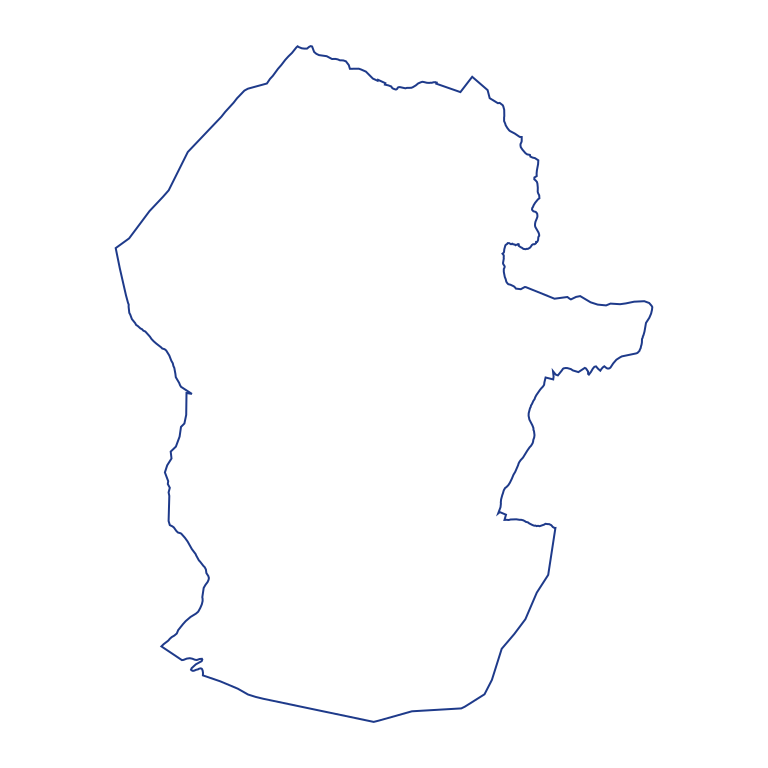 San Juan Cancuc, Chiapas, Mexico
{"feature_id": "50627088B84437137073669", "entity_name": "San Juan Cancuc", "entity_type": "district", "adm_level": 2, "iso_a3": "MEX", "parent_name": "Mexico", "parent_adm1": "Chiapas", "projection": "natural_earth1", "projection_center": [-92.376, 16.931], "detail": "fine", "context": "isolated", "style": "outline", "palette": "blue", "viewbox_px": 768, "rotation_deg": 0, "n_neighbors": 0, "source": "geoboundaries", "source_scale": "gbopen_adm2", "svg_char_len": 6054}
<svg xmlns="http://www.w3.org/2000/svg" viewBox="0 0 768 768"><path d="M620.1,304.2L610.5,303.6L606.1,305.4L597.7,304.6L590.6,302.3L580.2,296.1L576.1,296.9L570.9,299.4L569.6,298.7L567.4,297.0L554.5,298.7L526.0,287.2L524.9,287.0L523.5,287.7L520.8,289.2L515.9,288.6L515.1,287.5L513.8,286.3L510.4,284.7L508.3,284.2L507.4,283.3L506.3,281.7L505.7,279.2L504.8,277.0L503.8,271.9L503.8,269.0L504.5,267.6L504.7,266.7L504.5,266.0L503.3,264.2L503.0,263.1L503.8,258.6L503.7,257.8L503.8,255.8L503.6,255.1L502.5,253.7L503.5,252.9L504.0,252.0L504.3,249.2L505.4,245.3L506.0,244.7L507.2,243.9L507.7,243.1L509.1,243.1L510.9,244.2L511.6,244.1L511.9,243.8L512.5,243.7L513.1,244.3L514.6,244.5L515.5,245.2L516.0,244.8L517.0,244.8L517.9,244.1L518.6,244.1L518.8,244.6L518.8,245.9L520.7,247.2L521.8,247.7L523.4,248.9L525.7,249.2L526.8,248.8L527.8,248.9L529.8,247.8L530.8,246.7L531.9,245.0L533.2,244.2L534.3,244.3L534.8,244.1L535.6,243.5L536.0,243.2L536.1,242.0L536.8,242.1L537.2,241.9L538.1,240.0L538.3,237.5L538.6,236.5L539.2,235.8L539.1,234.3L538.5,232.5L535.4,227.1L535.1,226.1L535.0,225.2L535.1,223.5L535.5,221.6L536.6,219.0L537.4,216.8L537.4,215.2L537.1,213.5L535.7,211.9L533.4,211.3L532.2,210.0L532.0,209.3L532.3,207.9L533.0,206.9L533.6,205.3L535.2,202.7L538.0,199.3L539.4,198.3L539.2,195.3L538.2,193.4L537.7,191.8L537.8,187.7L537.4,183.6L536.9,181.9L535.7,180.5L534.3,179.3L534.4,177.5L536.7,176.1L536.6,173.5L536.9,170.4L538.1,164.1L538.3,160.3L534.9,158.1L532.6,157.6L530.4,156.6L529.9,154.9L527.2,154.4L525.5,153.2L522.4,149.6L520.8,147.2L520.5,145.6L520.5,144.1L521.4,142.2L521.7,141.1L521.7,137.0L519.7,136.9L514.7,133.5L510.1,131.1L509.2,130.4L507.4,128.1L505.7,125.3L505.2,123.6L504.1,121.1L504.1,117.4L504.3,116.1L504.2,109.8L503.3,106.4L502.7,105.2L499.7,102.9L497.9,103.2L489.7,98.2L487.6,90.1L472.2,76.8L460.4,92.1L436.3,83.7L436.7,82.6L435.7,82.4L435.5,82.2L433.4,82.3L431.8,82.8L430.7,82.7L429.6,82.9L427.0,82.8L423.7,82.0L422.4,81.8L421.0,82.2L418.2,83.4L415.8,85.4L412.8,87.2L411.3,87.8L406.8,87.9L405.4,88.3L399.9,87.1L398.7,87.2L397.8,87.6L397.2,88.8L396.4,89.4L395.6,89.5L393.3,88.7L392.5,88.2L391.8,87.5L391.3,86.5L388.4,85.4L384.9,84.6L385.4,83.2L378.0,79.8L377.7,80.8L372.9,78.6L365.9,71.6L361.1,69.5L358.8,68.7L349.9,68.8L348.8,65.1L345.9,61.3L343.2,60.4L339.9,60.3L337.8,59.4L335.4,58.9L332.0,59.0L326.7,56.2L319.0,55.1L316.3,53.8L314.1,51.9L312.1,46.5L310.7,46.1L309.2,46.8L307.0,48.6L304.3,48.6L301.8,48.3L298.8,47.1L297.6,46.3L296.3,47.5L292.0,52.9L288.4,56.4L285.3,59.8L281.4,64.9L278.0,68.8L272.8,75.9L270.0,78.9L266.9,83.5L247.9,88.7L244.4,90.6L237.0,98.3L233.6,102.7L225.2,111.9L221.4,116.7L187.8,152.0L168.7,190.3L162.9,196.9L149.5,211.1L129.1,238.4L115.7,248.1L119.8,268.3L123.5,284.5L126.0,295.4L128.0,302.8L128.7,304.6L128.6,306.7L129.3,312.9L130.2,314.5L131.9,319.1L135.3,323.3L136.0,324.8L137.9,326.1L140.5,328.5L141.9,329.1L143.4,330.7L145.3,331.5L149.9,336.6L151.5,339.0L153.7,341.3L156.2,343.5L161.2,347.4L162.2,348.5L164.6,349.2L166.2,350.5L169.3,355.5L171.3,360.7L172.8,363.3L173.4,366.0L174.3,367.9L175.4,373.9L175.8,377.2L179.2,383.0L180.0,385.1L181.0,386.8L191.9,393.9L186.5,393.0L186.2,414.9L184.4,423.5L181.0,426.9L179.6,436.6L175.9,446.6L170.7,451.6L171.5,458.5L167.2,465.3L164.9,472.4L168.2,481.2L167.8,484.0L169.8,487.8L168.6,492.4L169.3,495.9L168.6,521.0L169.8,525.1L172.3,526.3L173.8,527.4L176.3,530.9L177.9,532.5L180.4,533.2L181.3,533.7L185.0,537.9L187.6,541.5L191.8,549.0L195.7,554.2L196.1,555.3L198.9,560.4L199.9,561.4L203.4,565.9L204.7,567.2L205.9,569.5L206.4,573.1L208.3,576.0L208.9,578.0L208.6,579.7L207.6,582.0L205.5,584.8L203.7,587.9L202.3,597.2L202.6,598.8L202.6,601.0L202.2,602.8L201.8,604.4L200.2,608.1L198.2,611.7L196.0,613.6L190.6,616.9L185.7,621.1L183.0,624.1L178.2,630.1L176.8,633.5L174.3,635.6L171.7,637.1L169.8,638.8L168.3,640.6L163.6,644.2L161.4,646.4L181.9,660.1L183.5,659.9L186.8,658.6L189.8,658.2L192.3,658.7L194.8,659.7L196.8,660.0L199.6,659.0L201.9,658.8L202.3,659.6L201.7,661.1L195.9,664.3L191.7,668.1L191.0,669.7L191.6,670.3L192.6,670.8L193.5,670.8L194.6,670.5L195.8,669.9L198.2,669.3L198.6,668.9L200.2,668.4L200.9,668.4L201.8,668.8L202.6,670.4L203.0,672.8L202.9,675.4L220.2,681.3L237.8,688.7L248.0,694.5L255.6,696.9L263.4,698.8L373.7,721.9L378.5,720.7L411.9,711.3L461.3,708.4L464.8,706.7L484.5,694.3L491.9,679.9L501.7,648.8L514.3,634.0L525.4,619.2L536.8,592.6L548.2,574.9L555.4,528.0L554.5,528.1L553.9,527.5L552.9,527.1L551.3,525.2L549.1,524.1L547.7,524.1L545.4,523.8L544.2,524.6L539.6,526.2L538.1,525.8L536.5,526.1L535.6,525.6L534.3,525.7L532.6,525.1L529.2,523.4L528.0,522.4L525.7,521.8L524.8,521.1L523.2,520.3L521.2,519.8L519.5,519.8L516.3,519.3L510.6,519.5L508.7,520.0L506.5,519.8L504.5,519.9L506.0,514.7L499.8,512.1L498.2,513.4L500.5,507.2L500.9,503.7L500.8,502.6L501.1,499.4L502.3,495.0L502.9,493.4L503.6,490.9L504.0,489.9L505.2,487.9L506.3,487.2L508.3,485.2L509.9,482.7L511.9,478.6L513.5,474.7L515.2,471.9L518.1,465.2L518.6,463.5L519.3,462.1L520.6,460.2L523.0,457.6L527.3,450.6L529.6,447.3L531.1,445.7L532.6,443.2L533.1,441.6L533.3,440.0L534.2,437.4L534.5,435.1L534.0,431.1L533.5,430.0L533.4,428.0L532.4,425.4L529.4,419.6L528.6,415.8L528.7,413.2L530.0,408.2L530.6,407.2L531.0,405.5L531.9,404.1L533.4,400.8L534.6,399.1L535.1,397.5L536.3,395.2L539.9,390.0L541.1,388.5L543.0,386.5L544.1,384.8L544.4,382.4L545.6,377.5L553.2,379.4L553.6,376.7L553.0,371.2L555.7,374.6L557.9,375.4L561.9,370.4L562.8,369.0L563.5,368.4L565.7,368.0L567.4,368.1L570.9,369.1L572.8,370.4L578.4,372.1L584.8,367.9L586.0,368.5L588.1,371.6L588.1,373.9L588.9,374.6L590.9,372.0L592.8,368.7L594.4,366.8L596.0,366.4L598.1,368.8L600.3,370.7L601.5,368.9L602.9,367.3L604.3,366.3L606.7,368.2L608.0,368.6L609.5,368.3L610.5,367.5L613.2,363.4L616.4,359.7L619.8,357.5L621.8,356.4L636.2,353.4L637.5,352.9L639.5,350.8L639.9,349.5L640.6,348.3L641.1,345.9L641.5,344.8L641.9,342.5L642.0,339.0L642.7,337.6L642.9,336.2L643.3,335.7L643.9,333.7L644.5,331.5L646.0,322.9L649.3,317.8L651.1,313.6L652.0,309.8L652.3,307.1L651.6,305.8L649.2,303.0L644.3,301.2L634.1,301.7L625.9,303.4L620.1,304.2Z" fill="none" stroke="#1e3a8a" stroke-width="2"/></svg>